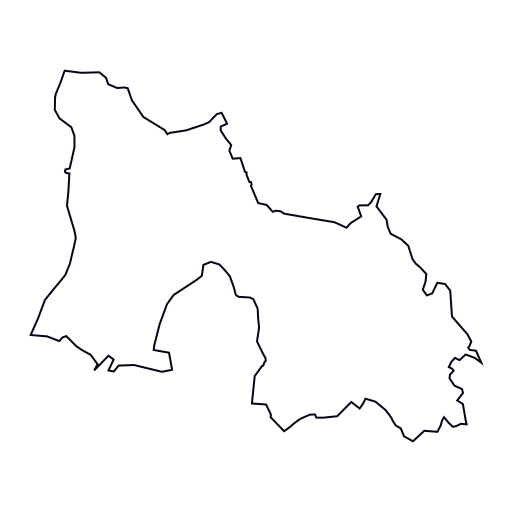 Al Hasahisa, Gezira, Sudan
{"feature_id": "16777658B35693507625874", "entity_name": "Al Hasahisa", "entity_type": "district", "adm_level": 2, "iso_a3": "SDN", "parent_name": "Sudan", "parent_adm1": "Gezira", "projection": "albers", "projection_center": [32.94, 14.812], "detail": "fine", "context": "isolated", "style": "outline", "palette": "ink", "viewbox_px": 512, "rotation_deg": 0, "n_neighbors": 0, "source": "geoboundaries", "source_scale": "gbopen_adm2", "svg_char_len": 2746}
<svg xmlns="http://www.w3.org/2000/svg" viewBox="0 0 512 512"><path d="M30.8,334.8L30.7,335.0L47.1,336.4L54.1,339.1L59.2,341.1L62.6,337.4L66.3,336.1L75.3,345.2L76.4,346.3L82.4,350.3L90.8,354.9L97.6,364.3L94.2,370.4L108.5,355.7L113.6,359.5L108.5,370.5L113.8,371.5L118.6,365.6L134.0,365.0L161.9,371.8L172.1,369.8L170.0,358.1L169.0,352.7L153.7,350.0L154.2,345.5L159.7,324.0L167.0,304.1L173.6,295.0L197.3,279.4L201.9,275.7L203.4,264.9L210.9,261.9L219.2,264.4L223.6,268.8L229.9,276.3L233.5,286.4L234.4,289.4L235.8,294.9L238.5,296.8L249.8,297.5L253.3,299.1L257.7,308.8L258.2,319.4L259.1,327.4L257.0,341.4L263.1,353.9L265.4,357.8L265.8,360.7L264.5,362.1L264.0,363.5L263.3,365.5L261.9,366.2L254.7,376.1L251.9,403.5L266.1,404.5L270.9,414.6L270.7,417.3L284.1,431.2L289.8,427.1L294.2,423.3L299.9,419.1L305.1,416.7L309.9,414.7L315.0,414.4L316.3,417.6L323.3,417.7L337.2,416.2L351.3,402.0L359.6,408.5L363.0,403.7L365.5,398.7L375.5,401.7L385.5,410.0L388.7,414.1L391.6,418.1L392.6,420.6L395.8,425.5L400.8,428.4L404.0,436.3L413.0,441.3L424.2,430.8L437.4,431.8L440.7,425.5L442.1,420.5L444.0,417.2L448.9,423.1L452.9,426.8L456.2,426.1L460.9,423.8L466.6,424.3L465.5,419.3L462.9,404.0L457.2,400.5L463.0,393.0L462.0,389.1L454.4,385.6L449.5,378.3L450.0,374.5L453.6,370.7L452.0,368.7L448.8,367.0L449.6,365.5L451.3,361.9L455.0,357.9L459.5,360.1L465.7,354.5L474.7,357.9L481.3,362.7L476.0,350.7L469.8,349.9L468.2,347.7L469.5,346.0L471.3,341.6L467.5,334.3L452.0,316.6L450.2,290.6L445.1,284.0L437.3,282.8L432.2,293.4L426.9,295.4L422.8,289.8L425.6,281.3L426.3,274.0L421.3,268.6L420.1,267.3L415.7,263.6L412.4,258.9L408.3,245.8L401.1,239.2L390.7,233.8L387.7,226.8L386.6,219.8L376.5,206.4L380.3,194.0L375.9,194.1L371.1,202.1L368.1,205.3L359.3,205.4L357.7,206.7L361.2,216.4L350.8,223.0L346.4,227.7L334.4,222.2L312.7,218.6L303.9,217.1L283.9,213.6L280.8,211.4L276.0,210.7L272.7,211.8L266.8,205.0L263.7,204.3L258.2,203.1L251.0,186.0L251.6,184.4L250.9,182.0L249.4,182.0L246.5,174.7L246.6,172.5L245.0,171.8L240.4,158.1L232.7,158.7L229.4,150.8L231.2,145.0L226.0,138.7L220.7,130.5L220.7,126.6L227.1,123.7L221.6,112.8L216.8,114.1L209.0,122.2L203.8,124.5L186.0,130.4L169.7,132.9L167.4,134.2L164.7,130.1L143.4,117.0L131.9,100.3L127.7,88.2L124.4,87.5L117.1,88.0L108.2,84.2L106.1,77.9L99.3,72.3L81.5,72.8L78.0,72.4L64.7,70.7L64.1,72.2L62.8,76.0L60.3,83.1L55.9,93.6L55.1,97.1L54.8,109.9L59.6,118.5L71.3,127.2L74.4,135.7L74.5,146.9L73.7,150.7L69.7,168.4L65.4,169.5L64.9,171.7L66.2,173.0L69.4,173.5L68.4,191.1L67.0,205.8L70.5,217.6L74.2,230.0L75.1,233.9L75.8,238.0L73.8,247.4L72.4,252.9L69.9,263.7L65.3,275.0L61.2,280.1L51.8,291.4L44.9,300.0L42.9,305.4L38.4,317.5L36.3,322.3L31.6,332.9L31.5,333.1L31.2,333.8L31.0,334.2L30.9,334.4L30.8,334.8Z" fill="none" stroke="#020617" stroke-width="2"/></svg>